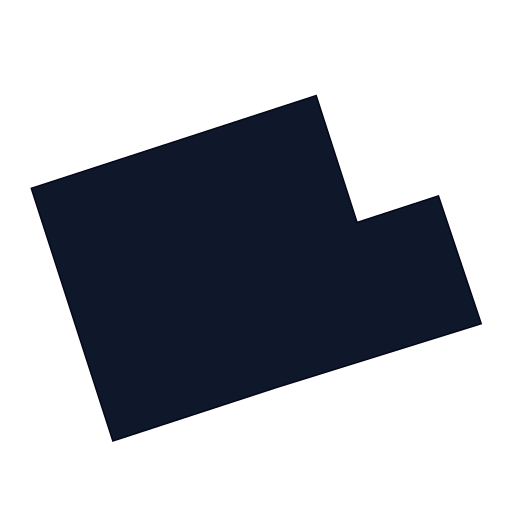 the district of Kimble, Texas, United States of America, rotated 342°
{"feature_id": "52423323B85125570419162", "entity_name": "Kimble", "entity_type": "district", "adm_level": 2, "iso_a3": "USA", "parent_name": "United States of America", "parent_adm1": "Texas", "projection": "equal_earth", "projection_center": [-99.608, 30.499], "detail": "fine", "context": "isolated", "style": "filled", "palette": "ink", "viewbox_px": 512, "rotation_deg": 342, "n_neighbors": 0, "source": "geoboundaries", "source_scale": "gbopen_adm2", "svg_char_len": 265}
<svg xmlns="http://www.w3.org/2000/svg" viewBox="0 0 512 512"><g transform="rotate(342 256 256)"><path d="M449.3,390.0L448.1,255.2L362.5,255.3L362.8,122.0L63.2,122.2L62.7,387.7L234.6,387.4L449.3,390.0Z" fill="#0f172a" stroke="#020617" stroke-width="1.5"/></g></svg>